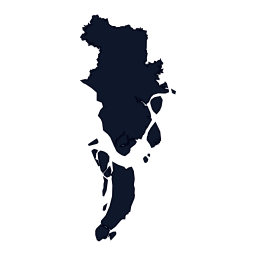 Noakhali, Chittagong, Bangladesh (Robinson projection)
{"feature_id": "16705992B96773862439533", "entity_name": "Noakhali", "entity_type": "district", "adm_level": 2, "iso_a3": "BGD", "parent_name": "Bangladesh", "parent_adm1": "Chittagong", "projection": "robinson", "projection_center": [91.099, 22.578], "detail": "fine", "context": "isolated", "style": "filled", "palette": "ink", "viewbox_px": 256, "rotation_deg": 0, "n_neighbors": 0, "source": "geoboundaries", "source_scale": "gbopen_adm2", "svg_char_len": 5777}
<svg xmlns="http://www.w3.org/2000/svg" viewBox="0 0 256 256"><path d="M94.1,15.8L93.1,16.0L92.6,16.8L92.7,19.5L91.8,19.6L91.8,20.7L91.1,20.8L90.5,21.8L91.6,24.2L91.0,24.5L91.2,25.0L90.2,25.4L88.7,24.0L88.4,26.1L87.4,26.6L87.1,25.8L86.2,26.5L85.3,26.2L86.5,28.0L86.6,29.1L85.4,28.9L84.3,27.7L83.1,27.9L83.4,29.8L85.1,30.6L85.0,31.7L85.8,33.2L86.4,32.9L86.6,33.9L84.4,33.9L84.5,35.4L82.8,34.4L80.9,37.2L82.1,38.1L82.2,39.5L82.9,40.0L84.2,39.4L86.9,39.6L87.1,40.3L86.6,40.3L86.6,41.1L87.9,41.2L87.9,42.5L89.1,43.5L89.1,45.1L90.9,44.3L91.0,42.8L92.3,43.8L92.7,43.5L92.3,44.9L93.8,45.1L93.9,45.9L94.8,46.6L95.7,46.3L96.1,45.4L96.7,45.6L96.9,46.6L98.4,48.1L98.8,46.7L100.6,47.0L100.1,48.3L100.5,49.6L99.9,50.2L101.0,50.7L101.0,51.3L100.3,51.5L100.8,52.7L98.8,54.6L99.3,56.4L98.8,56.4L98.8,57.7L97.5,59.4L98.5,59.6L97.7,60.6L99.3,62.1L97.5,64.3L98.4,67.0L97.8,67.8L96.6,67.9L95.4,69.9L94.6,69.5L93.2,70.2L93.5,69.7L93.1,69.6L92.6,70.2L93.0,70.9L90.8,70.4L90.2,71.6L91.1,73.1L90.7,74.9L91.2,75.3L90.7,75.7L90.3,75.2L90.0,76.9L88.9,77.2L87.9,80.2L85.2,79.8L81.5,80.7L83.7,82.6L85.8,83.4L92.0,87.5L97.5,92.3L97.4,100.1L102.4,102.1L103.8,107.2L100.9,110.3L98.7,115.6L101.4,118.8L102.8,122.2L103.8,130.0L108.2,133.6L110.9,137.0L114.4,145.2L116.6,139.4L119.5,137.6L120.6,135.8L123.2,134.8L124.4,132.1L124.7,132.3L123.5,135.2L121.4,135.8L119.8,137.8L117.0,139.6L115.2,146.7L117.0,150.7L118.8,152.4L122.4,154.7L124.9,155.4L128.9,152.3L129.7,150.2L129.7,148.0L134.8,143.9L136.0,141.9L134.3,139.8L130.7,139.8L128.6,141.0L128.9,143.7L122.9,146.6L120.5,146.3L122.3,144.7L127.6,143.7L128.1,140.7L127.1,135.7L128.0,135.9L128.1,138.7L129.1,139.7L132.5,138.5L137.4,139.0L138.4,137.5L140.9,138.6L142.7,134.1L143.3,134.2L144.7,131.8L144.7,130.7L146.1,128.5L146.1,126.6L147.0,127.3L151.2,119.8L150.6,118.3L148.9,118.0L149.5,117.3L146.9,116.4L149.9,117.2L150.4,116.4L149.8,113.2L147.0,106.6L146.1,106.2L144.3,107.3L144.0,105.0L141.6,102.3L140.1,101.7L137.8,102.4L136.4,98.5L134.6,96.6L137.0,98.0L137.7,100.6L140.8,100.4L140.5,99.1L146.1,103.8L146.5,102.6L147.4,102.6L148.3,101.6L150.6,96.6L153.1,94.1L158.0,92.6L165.3,92.8L168.2,91.7L168.1,90.0L164.5,89.1L161.3,86.7L158.8,86.0L158.2,83.5L155.3,80.4L155.9,78.7L158.8,79.4L158.9,78.8L157.7,77.5L157.7,75.5L155.4,75.1L155.2,73.9L158.4,73.2L158.4,72.1L158.9,72.9L158.7,73.8L159.8,73.9L160.2,70.7L161.7,72.4L162.4,72.4L161.7,71.4L162.4,69.6L159.8,70.2L160.9,67.3L159.5,67.7L158.3,66.3L159.6,65.8L161.1,66.5L160.9,63.3L162.3,63.8L162.5,63.1L161.0,61.5L160.4,60.0L160.1,60.8L158.8,60.7L158.6,61.4L158.0,61.2L157.1,62.2L155.6,62.6L155.5,61.8L154.8,61.6L154.5,62.8L153.3,63.9L151.6,63.9L149.2,62.8L149.4,64.1L147.9,64.4L147.3,66.4L146.5,66.2L146.0,64.5L144.3,63.9L144.3,61.6L145.2,61.9L146.3,60.7L146.1,57.9L146.9,53.4L146.2,53.1L146.3,50.8L145.0,50.4L145.6,49.7L146.0,47.9L146.1,40.1L147.2,38.0L146.0,36.1L146.8,35.9L147.0,35.4L145.5,34.4L146.1,31.3L142.0,30.5L142.1,29.0L140.5,29.4L140.3,28.9L139.8,30.6L138.9,30.1L138.8,29.0L138.3,28.9L136.6,28.9L136.5,29.7L135.5,30.1L133.2,30.2L132.4,28.8L131.0,28.0L130.2,28.2L130.1,27.2L129.2,26.1L129.5,25.9L128.8,25.3L125.4,26.3L125.3,27.3L122.9,26.8L120.8,27.1L120.0,27.7L114.7,27.9L114.9,26.8L112.1,26.7L109.7,25.4L108.3,24.0L107.0,19.1L105.8,19.6L105.5,20.7L104.7,20.8L104.3,19.4L103.2,18.8L101.1,19.2L100.3,18.1L98.1,18.5L98.2,16.5L97.4,15.4L94.6,16.3L94.1,15.8ZM125.5,169.6L123.8,167.5L118.0,165.5L113.0,162.7L113.9,171.5L112.8,172.3L112.4,173.8L111.1,174.5L112.8,176.4L112.3,178.6L113.1,185.2L112.8,196.2L110.2,206.6L107.4,213.2L106.0,216.1L101.8,220.9L101.5,222.3L101.8,223.4L103.4,224.8L109.6,227.9L110.9,229.3L115.1,226.1L120.8,219.5L122.3,218.6L124.6,218.6L124.8,215.6L126.1,214.0L127.7,213.5L128.0,212.2L129.7,211.1L130.4,206.5L133.8,198.1L134.2,195.2L133.8,193.4L134.1,188.4L133.1,185.2L134.0,179.0L133.1,171.2L131.4,167.5L129.0,168.1L126.3,169.9L125.5,169.6ZM160.2,138.6L159.4,137.3L160.2,137.8L159.5,131.7L155.3,123.0L151.2,128.4L148.8,132.7L148.4,133.9L149.1,134.0L147.7,136.5L147.4,139.8L150.3,143.8L151.8,147.1L153.9,146.4L154.1,145.3L156.5,144.3L156.4,143.2L155.1,142.4L156.1,142.4L157.9,143.7L158.7,142.4L159.3,142.4L159.5,141.5L158.1,140.3L158.9,140.4L158.6,139.6L159.7,140.6L160.3,140.3L160.2,138.6ZM103.0,172.2L106.1,168.8L107.0,163.3L108.4,161.2L108.7,156.9L106.7,153.9L103.7,152.1L100.5,151.3L98.5,153.1L98.7,157.7L101.4,170.1L103.0,172.2ZM106.2,228.3L101.0,224.9L97.0,228.8L96.0,230.8L96.0,234.9L97.5,239.7L99.1,240.6L104.8,236.4L103.8,237.8L104.0,238.3L105.0,238.5L105.8,237.2L106.4,237.5L109.2,230.4L108.2,228.4L106.2,228.3ZM160.1,96.8L154.8,97.9L152.1,99.8L151.2,101.2L151.0,103.3L152.6,108.8L154.0,111.1L156.5,113.4L159.4,109.9L160.9,106.2L161.9,100.0L160.1,96.8ZM103.4,196.1L105.9,190.2L107.2,180.3L104.1,177.9L105.0,181.1L104.3,183.8L104.2,188.1L103.1,190.9L103.4,196.1ZM107.1,176.8L109.4,175.9L110.3,174.6L108.0,169.4L104.2,173.8L104.8,175.1L107.1,176.8ZM115.3,234.5L115.6,233.2L115.3,232.3L113.2,232.4L109.4,234.2L109.2,235.5L110.3,234.5L110.7,234.8L110.4,237.6L111.0,239.2L115.3,234.5ZM89.2,145.1L96.8,143.1L97.6,142.4L97.6,141.2L96.6,139.4L88.9,144.5L89.2,145.1ZM95.1,158.5L95.4,153.4L96.9,151.0L96.4,151.0L96.6,150.4L95.9,150.1L94.1,149.7L92.2,151.1L95.1,158.5ZM161.1,85.2L164.7,87.6L166.8,86.0L166.2,83.6L165.2,82.6L164.8,83.5L161.1,85.2ZM145.7,162.2L147.0,161.2L147.5,159.3L145.7,157.0L144.7,157.3L143.8,158.8L144.9,161.8L145.7,162.2ZM103.4,209.7L104.0,210.2L105.0,209.4L106.2,204.8L104.1,206.5L103.4,209.7ZM110.4,172.4L110.7,170.5L109.7,167.0L108.4,168.3L108.4,169.2L109.5,171.9L110.4,172.4ZM172.1,90.0L172.8,92.5L174.7,93.4L175.1,91.6L172.1,90.0ZM99.0,166.0L97.4,160.7L95.9,160.0L97.0,162.0L99.0,166.0ZM149.3,155.8L149.3,154.5L148.4,154.4L148.3,155.4L149.3,155.8ZM166.8,86.1L166.3,86.8L167.2,87.2L167.1,86.9L166.8,86.1Z" fill="#0f172a" stroke="#020617" stroke-width="1.5"/></svg>